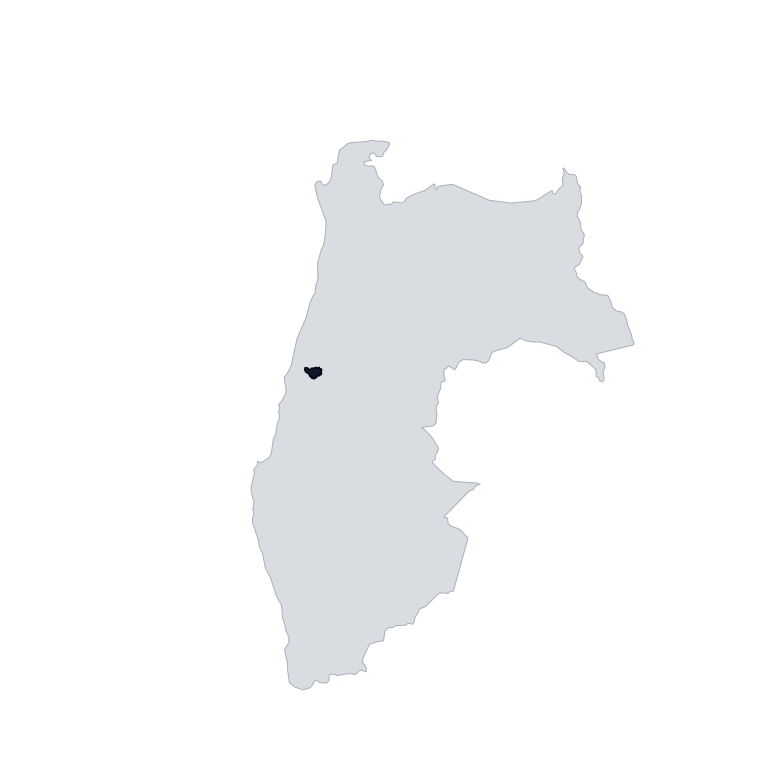 Cajatambo, Lima, Peru (highlighted), rotated 43°
{"feature_id": "86281439B2149944224824", "entity_name": "Cajatambo", "entity_type": "district", "adm_level": 2, "iso_a3": "PER", "parent_name": "Peru", "parent_adm1": "Lima", "projection": "orthographic", "projection_center": [-77.034, -10.486], "detail": "fine", "context": "in_parent", "style": "filled", "palette": "ink", "viewbox_px": 768, "rotation_deg": 43, "n_neighbors": 0, "source": "geoboundaries", "source_scale": "gbopen_adm2", "svg_char_len": 6784}
<svg xmlns="http://www.w3.org/2000/svg" viewBox="0 0 768 768"><g transform="rotate(43 384 384)"><path d="M542.3,231.7L542.0,233.7L539.5,234.7L537.2,233.2L533.9,233.6L528.8,228.8L516.7,229.3L511.3,234.6L503.3,235.6L494.5,238.0L484.5,238.9L468.8,247.3L465.3,250.8L458.2,255.8L452.4,257.4L449.4,273.2L443.7,282.3L441.4,287.4L444.5,295.0L444.4,298.8L441.2,301.8L438.6,302.1L433.2,305.3L425.2,312.2L423.8,317.5L426.3,324.6L425.4,325.4L418.8,326.7L418.9,330.7L417.6,332.2L423.1,337.9L426.2,339.3L426.3,340.7L425.8,342.1L424.5,342.8L424.4,344.0L428.4,348.3L431.3,356.7L437.0,360.9L437.1,363.7L438.7,366.4L441.7,368.4L448.6,377.0L448.7,380.9L441.3,389.8L453.4,390.0L466.6,393.2L468.4,394.7L469.9,398.8L470.1,401.5L472.7,403.7L472.4,408.6L489.8,409.0L501.0,407.9L519.5,393.2L522.5,392.0L520.8,395.2L520.6,397.6L521.5,400.2L519.3,403.9L518.4,440.6L521.8,438.7L525.9,442.2L529.0,442.5L539.1,438.5L550.6,439.5L576.0,488.1L573.6,491.3L573.6,493.8L570.3,495.8L566.9,499.6L566.1,518.6L563.2,524.3L564.7,527.4L565.9,533.5L568.2,537.2L568.8,539.5L568.5,540.4L564.7,542.4L564.3,545.8L557.5,552.4L556.1,557.0L553.6,558.5L553.0,563.6L558.7,572.2L554.7,577.1L550.9,584.5L556.3,600.3L558.7,602.6L561.3,602.5L565.1,604.0L567.1,606.4L562.2,609.2L561.3,610.5L561.5,615.6L556.1,619.4L548.7,629.0L546.8,629.5L543.1,632.3L542.4,633.8L543.0,635.2L545.9,638.2L546.1,641.8L540.8,646.1L537.2,646.5L535.8,647.7L537.1,653.7L536.9,656.5L535.7,659.6L533.1,663.0L525.4,666.5L518.6,667.0L507.2,657.8L503.7,654.0L492.4,646.1L490.8,638.1L487.0,634.1L479.9,631.0L474.4,626.8L470.2,624.8L459.8,615.6L450.3,612.6L432.5,602.8L422.8,599.6L410.5,590.5L403.8,588.0L398.5,583.8L382.2,574.9L379.6,572.0L377.2,567.6L373.5,565.0L369.5,559.0L363.4,555.4L357.5,550.7L350.4,538.1L347.0,535.2L346.7,529.5L344.4,526.9L347.9,525.0L350.2,516.2L349.0,511.7L340.6,499.7L339.1,494.7L332.9,485.6L330.7,480.0L325.8,476.0L323.7,472.6L321.0,471.1L320.9,466.9L319.0,458.8L316.2,454.8L306.4,447.2L305.4,439.0L303.3,433.3L289.5,410.2L281.5,388.0L274.7,375.6L272.0,368.5L271.7,364.7L266.7,358.1L264.0,352.1L252.8,340.6L246.2,327.8L245.3,324.0L240.8,317.0L233.6,307.8L230.1,304.2L208.4,293.1L198.2,286.2L197.0,282.7L197.5,280.6L199.7,278.7L202.8,280.1L204.7,279.5L206.1,277.0L206.1,273.1L204.2,268.2L197.3,258.8L199.1,254.5L192.0,243.5L193.6,232.8L195.1,230.1L205.5,219.1L208.4,214.5L212.9,211.6L217.5,207.1L223.0,203.8L224.5,204.9L226.2,210.6L226.0,214.5L227.5,218.8L223.7,222.7L219.6,221.9L217.9,222.9L217.3,224.8L218.0,227.7L219.1,228.9L222.2,229.0L218.0,234.7L218.3,235.9L221.3,236.9L224.1,235.4L227.0,232.1L228.8,231.6L239.4,237.1L244.2,236.4L248.0,238.9L248.5,243.0L253.8,250.9L261.6,252.7L263.0,252.1L264.7,249.1L266.5,248.6L266.8,244.2L273.6,239.5L274.6,236.3L273.6,234.0L273.8,232.2L277.8,221.7L279.0,220.7L280.2,217.3L281.8,215.3L284.1,203.6L286.0,203.6L287.8,206.4L289.9,205.7L288.7,203.1L289.1,202.1L296.6,192.8L299.0,190.8L335.6,177.9L353.8,164.8L369.9,146.4L374.9,127.9L376.8,129.2L379.8,128.8L378.8,121.3L379.5,117.7L379.4,116.7L374.4,112.2L372.4,107.3L368.0,104.5L368.2,103.4L372.8,104.5L377.0,104.1L380.6,101.0L383.3,101.3L389.2,105.5L393.7,105.9L395.1,108.9L399.4,111.1L405.6,117.6L408.3,124.6L408.1,125.9L410.8,129.6L416.8,131.4L422.7,136.6L428.8,138.2L431.6,142.9L433.2,144.4L434.1,147.1L433.1,150.2L434.0,151.9L438.5,154.7L442.4,154.9L443.2,156.2L445.4,163.9L444.0,167.8L444.5,169.9L449.6,171.9L451.1,173.5L455.1,174.0L460.8,172.4L467.9,174.8L473.4,174.1L475.9,173.5L478.4,171.8L480.6,171.9L486.2,167.1L487.7,166.7L493.7,169.0L498.7,172.4L504.9,171.9L507.4,169.9L511.9,168.8L520.0,173.1L521.7,175.1L523.9,175.5L532.5,179.8L534.1,181.5L538.6,183.2L539.6,184.5L539.3,186.0L518.8,217.3L525.1,220.0L530.9,218.5L533.9,220.7L536.1,225.9L540.7,229.4L542.3,231.7Z" fill="#d9dde1" stroke="#a8b0b8" stroke-width="1"/><path d="M320.3,422.3L320.5,422.6L320.6,423.0L320.4,423.3L320.3,423.5L320.2,423.5L320.1,423.9L320.1,424.0L319.9,424.1L319.9,424.3L319.7,424.5L319.4,424.5L319.2,424.5L318.9,424.4L318.5,424.2L318.4,424.2L318.3,424.3L318.1,424.3L318.0,424.2L317.7,424.3L317.4,424.5L317.5,424.6L317.4,424.7L317.2,424.6L316.9,424.6L316.6,424.7L316.5,424.8L316.4,424.8L316.2,424.9L316.1,425.0L316.0,425.4L315.9,425.5L315.7,425.7L315.4,425.8L315.2,425.9L315.2,426.1L315.2,426.3L315.3,426.3L315.6,426.5L315.8,426.8L316.0,427.0L316.2,427.3L316.3,427.3L316.5,427.6L316.5,427.8L316.8,427.9L317.0,428.0L317.5,428.2L317.8,428.3L318.0,428.4L318.1,428.5L318.3,428.5L318.6,428.5L318.9,428.5L319.0,428.4L319.4,428.4L319.5,428.5L319.8,428.5L319.9,428.4L320.0,428.4L320.3,428.1L320.6,428.1L320.8,428.1L321.0,428.0L321.1,427.8L321.2,427.7L321.3,427.6L321.4,427.4L321.8,427.4L321.9,427.5L322.0,427.6L322.1,427.9L322.3,428.0L322.5,428.2L322.8,428.1L323.1,428.0L323.3,428.1L323.5,428.3L323.6,428.5L323.9,428.8L324.0,428.8L324.2,428.4L324.4,428.3L324.5,428.4L324.8,428.3L325.0,428.5L325.2,428.8L325.3,428.9L325.4,428.7L325.5,428.6L325.8,428.4L326.0,428.4L326.2,428.5L326.4,428.5L326.5,428.5L326.9,428.6L327.0,428.8L327.1,429.0L327.3,428.9L327.4,428.7L327.5,428.7L327.9,428.5L328.0,428.5L328.0,428.4L328.2,428.2L328.4,428.0L328.5,428.0L328.8,428.0L328.8,427.9L329.0,427.6L329.3,427.7L329.4,427.4L329.5,427.2L329.6,426.9L329.8,426.7L329.7,426.5L329.8,426.4L329.8,426.2L329.9,425.9L329.8,425.6L329.7,425.4L329.8,425.3L329.8,425.1L330.0,424.9L329.9,424.8L329.9,424.7L329.7,424.6L329.9,424.4L330.0,424.3L330.0,424.2L330.0,423.7L330.0,423.4L329.9,423.2L330.0,423.0L330.0,422.8L330.0,422.6L330.1,422.4L330.2,422.2L330.4,422.1L330.5,422.0L330.7,422.3L330.8,422.3L331.0,422.3L331.0,422.1L331.0,421.9L331.0,421.7L330.9,421.4L330.8,421.2L330.9,420.8L330.8,420.7L331.0,420.6L331.4,420.5L331.6,420.3L331.6,420.2L331.5,419.8L331.5,419.7L331.0,419.5L330.9,419.5L330.9,419.4L330.8,419.5L330.7,419.4L330.6,419.2L330.5,418.9L330.5,418.7L330.4,418.6L330.4,418.8L330.1,418.9L330.0,419.0L329.9,419.0L329.7,419.0L329.7,418.8L329.8,418.7L329.7,418.6L329.6,418.4L329.5,418.2L329.4,418.0L329.4,417.9L329.5,417.9L329.5,417.7L329.5,417.4L329.4,417.2L329.2,416.9L328.9,416.8L328.9,416.7L329.0,416.5L328.9,416.4L328.7,416.2L328.5,415.9L328.3,415.9L328.2,416.0L328.0,415.9L327.7,415.9L327.7,416.0L327.4,416.2L327.1,416.3L326.9,416.5L326.7,416.8L326.5,416.7L326.4,416.8L326.4,416.7L326.2,416.5L325.9,416.5L325.9,416.4L325.7,416.4L325.7,416.2L325.4,416.1L325.4,416.3L325.4,416.6L325.4,416.9L325.3,417.1L325.2,417.1L325.1,417.3L324.9,417.3L324.9,417.5L324.7,417.5L324.4,417.7L324.2,417.7L324.2,417.8L323.9,417.8L323.8,417.7L323.7,417.7L323.6,417.8L323.4,417.9L323.4,418.0L323.2,418.4L323.1,418.5L322.9,418.5L322.9,418.8L322.4,419.3L322.3,419.5L322.3,419.8L322.2,419.9L322.1,420.0L321.9,420.1L321.8,420.3L321.7,420.3L321.4,420.6L321.3,420.8L321.2,421.1L321.1,421.3L320.9,421.4L320.6,421.5L320.3,421.7L320.3,421.8L320.3,422.1L320.3,422.3Z" fill="#0f172a" stroke="#020617" stroke-width="1.5"/></g></svg>